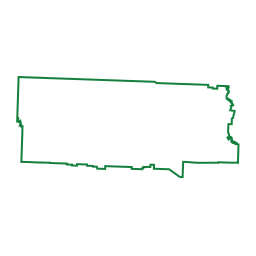 Koorda, Western Australia, Australia (Mercator projection), rotated 272°
{"feature_id": "25037944B75420720277181", "entity_name": "Koorda", "entity_type": "district", "adm_level": 2, "iso_a3": "AUS", "parent_name": "Australia", "parent_adm1": "Western Australia", "projection": "mercator", "projection_center": [117.388, -30.604], "detail": "fine", "context": "isolated", "style": "outline", "palette": "green", "viewbox_px": 256, "rotation_deg": 272, "n_neighbors": 0, "source": "geoboundaries", "source_scale": "gbopen_adm2", "svg_char_len": 4458}
<svg xmlns="http://www.w3.org/2000/svg" viewBox="0 0 256 256"><g transform="rotate(272 128 128)"><path d="M88.9,88.4L88.8,94.3L88.2,94.3L88.2,98.2L87.2,98.4L86.3,98.7L86.3,106.6L89.1,106.6L89.1,133.1L87.3,133.1L87.3,143.8L88.7,143.8L88.7,144.8L89.6,144.8L89.6,146.7L89.6,148.1L89.8,148.3L89.8,148.5L89.8,151.7L92.1,151.7L92.1,155.3L88.2,155.3L88.2,170.5L81.0,181.3L80.9,181.5L80.9,184.1L80.9,184.3L81.1,184.3L90.6,184.3L96.1,184.3L96.1,188.4L96.0,189.0L96.0,191.1L96.0,191.7L95.8,192.7L95.7,201.2L96.5,219.3L96.4,219.5L96.9,219.7L96.9,228.9L97.0,234.6L97.1,235.8L97.2,238.1L97.0,239.1L115.4,239.0L115.6,237.6L116.3,237.3L116.4,237.0L116.5,236.7L116.7,236.8L116.8,236.8L116.8,236.6L116.7,236.5L116.4,236.4L116.4,236.2L116.2,236.2L116.1,236.3L115.8,236.3L115.7,236.2L115.8,236.0L116.3,235.9L116.4,235.7L116.1,235.5L116.0,235.4L116.1,235.2L116.3,235.0L116.5,235.2L116.6,235.3L117.0,235.2L117.2,235.3L117.3,235.4L117.4,235.5L117.5,235.6L117.7,235.4L117.6,235.2L117.4,234.9L116.8,234.6L116.7,234.5L116.7,234.4L116.9,234.2L117.2,234.1L117.4,234.1L117.7,234.3L117.8,234.3L117.9,234.2L117.9,233.9L117.7,233.9L117.4,233.8L117.3,233.5L117.2,233.5L116.9,233.7L116.7,233.5L116.7,233.4L116.8,233.3L117.1,233.2L117.5,233.1L117.8,233.3L118.0,233.3L118.1,233.2L117.8,232.9L117.4,232.6L117.4,232.4L117.4,232.2L117.7,232.1L117.9,232.1L118.0,232.1L118.0,232.3L118.2,232.6L118.4,232.7L118.4,232.4L118.2,232.1L118.1,231.9L118.3,231.7L118.6,231.6L118.8,231.6L119.2,231.7L119.5,231.7L119.7,231.8L119.5,232.0L119.4,232.2L119.4,232.3L119.6,232.2L120.0,232.0L120.3,232.1L120.6,232.3L120.8,232.3L121.0,232.1L121.8,231.8L122.1,231.7L121.9,231.1L121.9,230.9L122.4,230.7L122.6,230.7L122.8,230.6L122.8,230.4L122.6,230.4L122.4,230.2L122.2,230.1L122.1,230.3L121.9,230.2L121.5,230.3L121.4,230.3L121.3,230.2L121.2,230.2L121.1,229.9L120.9,229.7L121.0,229.2L121.0,228.8L121.0,228.7L120.9,228.7L120.7,228.9L120.4,228.9L120.2,229.0L120.1,228.9L120.6,228.6L120.8,228.5L121.5,228.0L121.7,227.8L121.8,227.7L122.0,227.8L122.0,228.0L121.9,228.1L122.0,228.1L122.1,228.3L121.9,228.4L121.8,228.8L122.0,228.9L122.3,228.9L122.5,228.9L122.7,229.1L122.5,229.3L122.5,229.5L122.8,229.4L123.3,229.4L124.2,229.3L125.3,229.2L126.0,228.8L126.4,228.4L126.7,228.3L126.9,228.2L135.4,228.2L135.4,231.5L141.2,231.5L141.3,231.8L141.8,232.7L144.1,233.0L146.4,233.6L148.7,234.0L148.9,232.7L149.2,229.9L149.3,230.0L149.5,229.9L150.3,230.0L150.7,229.8L152.7,230.6L153.2,230.6L153.5,230.6L153.7,230.3L154.0,231.1L154.1,230.8L154.8,231.3L154.7,231.7L154.7,232.0L154.6,232.7L155.2,231.9L155.9,231.5L155.9,231.0L156.3,230.6L156.8,230.4L157.6,230.8L158.3,230.8L158.5,230.7L158.3,230.3L158.0,230.2L158.1,229.8L158.0,229.4L158.4,229.3L158.7,229.5L158.8,229.3L158.8,228.9L159.2,229.1L159.4,229.1L159.2,228.6L159.2,228.4L159.4,228.2L159.8,228.3L159.9,228.1L159.5,227.7L159.8,227.4L160.3,227.3L160.2,227.1L160.5,227.1L160.4,226.9L160.4,226.0L160.7,225.9L161.2,225.9L161.3,225.8L161.3,225.5L161.5,225.5L163.3,225.4L164.0,225.6L164.9,226.1L165.2,226.0L165.9,226.6L165.9,226.3L166.1,226.3L166.4,226.7L166.9,226.8L167.6,227.3L167.9,227.3L168.2,227.4L168.5,227.4L168.5,227.1L168.5,226.9L169.1,226.6L169.4,226.3L169.7,225.6L169.8,225.7L170.3,225.5L170.5,225.7L171.0,226.2L171.0,226.3L170.6,226.6L170.3,226.5L170.2,226.6L170.7,226.9L171.4,226.9L171.5,226.8L171.2,226.4L171.4,226.3L171.6,226.4L171.7,225.9L171.9,226.3L171.8,227.0L172.4,227.3L173.0,227.2L173.3,227.1L173.3,221.9L173.3,218.3L173.3,215.8L170.4,215.8L170.4,211.2L171.4,211.2L171.4,206.7L173.9,206.7L173.9,154.9L175.1,153.2L175.1,67.5L175.1,16.9L131.6,17.0L131.8,17.2L132.1,17.2L132.4,17.5L133.0,17.7L133.2,17.8L133.3,17.9L133.2,17.9L132.3,17.7L132.1,17.7L132.3,17.9L132.1,17.8L131.7,17.6L131.5,17.4L131.3,17.4L131.0,17.4L130.8,17.6L130.5,17.7L130.2,18.0L130.2,18.3L130.3,18.6L130.7,19.0L131.0,19.1L131.3,19.7L131.2,19.7L130.7,19.7L130.4,19.7L130.4,19.8L130.5,19.9L130.7,20.0L131.3,19.9L131.4,20.0L131.2,20.1L130.5,20.2L130.2,20.2L130.2,20.3L130.5,20.3L130.3,20.5L130.2,20.5L130.1,20.4L129.3,20.6L129.1,20.5L128.8,20.6L128.6,20.7L128.4,20.8L128.4,20.5L128.2,20.6L128.1,20.4L127.8,20.3L128.1,20.7L128.1,20.8L127.9,20.9L127.7,20.3L127.5,20.1L127.4,20.1L127.1,20.1L126.6,20.3L126.0,20.7L126.0,20.9L125.8,21.1L126.0,21.6L126.0,21.9L126.1,22.1L126.1,22.5L124.9,22.5L118.2,22.6L90.4,22.6L90.5,28.8L90.4,43.1L90.5,43.1L90.5,45.0L90.6,51.1L90.3,51.1L90.3,68.2L89.4,68.2L89.4,73.3L88.6,73.3L88.6,78.4L90.1,78.4L90.1,88.3L88.9,88.4Z" fill="none" stroke="#15803d" stroke-width="2"/></g></svg>